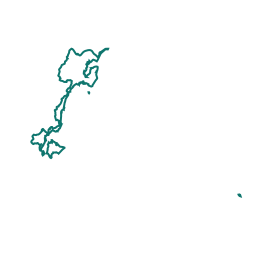 map outline of Puntarenas (Albers equal-area conic projection), rotated 259°
{"feature_id": "CRI-1330", "entity_name": "Puntarenas", "entity_type": "Province", "adm_level": 1, "iso_a3": "CRI", "parent_name": "Costa Rica", "parent_adm1": "", "projection": "albers", "projection_center": [-84.164, 7.924], "detail": "fine", "context": "isolated", "style": "outline", "palette": "teal", "viewbox_px": 256, "rotation_deg": 259, "n_neighbors": 0, "source": "natural_earth", "source_scale": "10m", "svg_char_len": 5729}
<svg xmlns="http://www.w3.org/2000/svg" viewBox="0 0 256 256"><g transform="rotate(259 128 128)"><path d="M207.8,81.6L207.8,82.0L209.0,81.5L209.4,81.5L209.6,81.7L210.1,82.6L211.2,83.1L213.1,84.5L214.9,85.1L215.4,85.5L216.6,87.6L216.1,88.5L214.9,89.3L210.7,91.0L210.3,91.3L209.9,91.9L210.4,92.2L210.4,92.8L210.0,93.2L208.8,94.0L208.5,94.3L208.4,94.9L208.6,95.5L210.9,98.4L211.4,99.4L211.8,100.7L212.0,103.5L211.9,104.9L211.5,106.1L210.6,107.2L209.6,107.7L208.5,108.1L207.3,108.7L205.5,110.4L203.4,111.7L203.3,112.2L203.7,112.6L204.8,113.3L205.6,114.3L206.4,114.1L206.7,114.1L207.4,114.5L207.7,114.9L207.9,116.2L210.0,120.9L209.8,122.7L209.6,123.6L209.0,123.2L209.1,122.6L209.6,121.2L209.5,120.8L206.7,116.0L205.8,115.0L200.8,111.4L199.4,110.1L200.6,108.6L200.8,108.5L201.7,106.9L201.5,106.3L200.1,104.6L199.9,104.2L199.9,103.6L201.3,102.8L200.8,102.6L199.7,102.7L199.1,102.5L198.8,102.2L198.0,100.6L198.3,100.0L198.5,100.0L199.1,101.0L199.1,101.5L199.3,101.6L200.5,101.1L200.5,100.8L199.3,100.2L198.5,99.2L198.3,99.2L198.0,99.7L196.4,99.6L195.8,99.7L195.0,98.6L194.5,98.3L193.9,98.6L192.6,97.9L192.2,97.3L192.5,96.4L191.9,96.4L192.1,95.7L191.5,95.4L190.0,95.0L189.8,95.5L189.3,95.3L188.9,95.3L188.5,96.0L188.0,96.1L186.6,95.9L186.1,96.1L185.9,97.0L186.2,96.7L186.4,96.7L187.9,98.8L188.0,99.5L189.2,101.2L189.7,101.4L191.8,102.0L192.4,102.3L193.4,103.4L193.9,103.1L193.9,104.1L193.8,104.5L193.6,104.7L193.6,105.0L194.2,105.9L194.5,107.3L194.4,108.8L193.9,109.8L193.0,109.8L191.5,109.3L190.2,108.7L189.5,108.1L190.6,108.4L189.8,108.0L189.2,107.5L189.2,108.1L186.9,107.1L186.1,107.0L182.9,107.3L182.3,107.0L180.8,105.2L177.3,101.9L177.1,101.6L175.9,101.0L175.7,99.8L177.2,97.5L178.3,97.0L178.6,97.4L178.9,97.1L180.1,95.3L179.6,94.7L180.2,93.9L181.3,93.3L182.3,93.1L182.3,92.8L181.0,92.8L180.3,93.5L179.8,93.7L179.6,93.3L179.8,92.7L180.4,92.0L181.8,91.2L182.0,90.7L181.8,90.3L180.8,89.6L180.7,88.9L181.5,89.3L182.3,89.5L180.8,88.2L180.1,88.1L180.6,87.8L180.5,87.6L180.1,87.3L180.3,86.8L181.2,85.8L179.9,82.7L179.3,82.0L179.0,82.2L178.1,81.1L177.3,79.7L176.2,78.6L174.6,78.3L174.7,77.3L173.8,76.4L172.6,75.8L171.7,75.6L168.6,72.5L165.5,71.1L165.0,70.7L161.1,69.2L160.4,69.4L160.1,68.9L159.5,69.1L158.8,68.5L158.1,68.4L158.6,67.6L158.0,66.6L157.0,65.6L156.0,65.3L156.0,65.6L156.5,65.7L157.1,66.1L156.0,65.9L154.4,65.0L152.3,64.6L147.0,63.1L145.9,63.1L144.4,63.4L143.9,63.3L143.4,62.9L143.1,62.1L142.5,61.9L142.8,62.5L140.6,61.0L140.2,59.9L139.0,59.2L138.8,58.0L138.2,58.1L138.3,57.6L138.2,56.4L138.4,55.9L139.1,55.2L139.4,54.6L139.9,53.8L140.0,53.2L139.9,52.7L139.0,51.6L137.4,49.2L136.9,48.9L136.3,48.6L136.3,48.0L136.9,47.0L135.9,46.2L135.8,45.8L136.0,45.2L134.8,44.9L131.3,45.2L131.3,44.9L131.8,44.7L133.8,44.7L133.8,44.4L131.4,44.1L130.3,43.8L129.4,43.3L128.0,42.0L127.2,41.6L126.9,41.3L127.1,41.1L126.4,40.7L124.8,39.2L123.9,38.7L123.5,38.4L123.2,38.3L122.6,38.5L122.3,38.3L122.6,37.6L123.4,37.3L124.6,37.3L125.2,37.6L126.0,37.5L126.6,37.9L127.8,39.1L128.5,39.4L128.4,38.5L128.5,37.9L129.4,37.1L130.4,36.6L130.5,36.4L130.5,35.9L130.2,35.3L130.5,34.5L130.8,33.1L130.7,32.8L130.3,32.4L130.3,32.0L130.7,31.5L132.2,30.5L133.1,30.5L133.9,31.1L134.8,32.5L135.3,33.1L136.7,32.9L137.7,32.6L138.0,32.6L138.7,33.1L138.9,33.7L139.4,34.2L139.3,34.5L138.8,35.6L138.6,36.5L138.9,37.5L138.7,38.6L138.9,39.3L139.6,40.6L141.2,42.7L141.6,43.4L142.1,43.3L142.5,43.0L142.8,43.2L143.3,44.0L143.3,44.3L143.1,44.5L142.3,44.9L140.3,46.2L139.9,46.3L138.8,47.8L138.4,48.0L138.3,48.6L138.7,48.9L139.6,49.3L141.2,49.6L141.6,49.9L142.5,51.0L142.1,51.3L143.1,51.9L143.6,52.7L143.6,53.1L143.4,53.7L143.0,53.8L141.9,53.8L141.7,54.0L142.0,55.9L142.0,56.8L143.0,58.6L143.4,60.3L144.1,61.3L144.7,61.4L145.9,61.2L146.4,61.4L147.2,61.2L147.8,61.7L148.2,61.7L148.4,61.5L148.7,61.0L149.5,60.2L149.4,59.0L151.3,58.7L153.6,58.6L154.3,59.3L154.7,59.4L156.1,59.4L156.6,59.6L157.2,59.7L159.0,59.5L159.5,59.6L159.8,60.2L159.7,61.1L159.8,61.4L160.2,61.8L160.5,61.9L161.6,61.9L162.3,62.1L162.5,63.0L162.3,63.8L162.4,64.0L163.3,64.4L164.0,65.7L164.9,66.6L167.5,68.3L168.1,68.5L168.4,68.3L168.8,68.2L169.2,68.4L169.6,69.1L169.8,70.0L171.1,71.3L171.5,71.9L171.5,73.0L171.7,73.8L172.2,74.5L172.5,74.8L174.8,75.8L175.0,75.7L175.5,75.1L175.7,74.9L176.2,74.9L176.7,75.1L178.2,76.8L178.6,78.3L179.1,78.9L182.8,81.3L183.8,81.2L184.5,81.7L184.8,81.8L186.0,80.6L186.1,80.3L186.0,79.3L186.5,78.1L186.4,77.4L186.1,76.9L185.7,76.9L185.4,76.7L185.0,76.6L184.9,76.4L185.4,74.2L186.6,72.8L187.3,71.0L188.1,70.1L189.3,70.5L189.5,70.6L189.6,71.2L189.8,71.2L190.3,70.9L191.4,70.7L192.0,69.9L192.7,69.6L193.1,69.8L193.9,70.4L195.0,70.9L196.2,71.6L196.7,71.7L198.3,71.5L198.7,71.6L200.6,73.9L202.4,75.0L203.2,78.1L205.3,78.9L205.9,80.3L206.6,80.9L207.3,81.1L207.8,81.6ZM118.6,43.1L119.5,43.9L122.3,45.1L122.5,45.0L123.2,45.2L124.7,46.1L125.4,46.4L126.2,46.4L126.9,46.1L128.9,47.5L128.1,47.9L128.1,48.5L129.1,49.7L128.5,50.0L128.0,50.5L128.6,50.8L129.3,50.9L130.7,50.8L130.7,51.1L128.8,52.2L128.4,53.1L127.5,53.6L126.9,55.0L125.7,54.3L125.0,54.3L124.7,54.8L125.5,55.9L125.4,56.1L123.9,56.8L123.7,57.0L122.8,57.5L122.6,57.8L121.7,60.6L120.9,61.9L120.6,61.9L119.4,59.6L116.1,55.0L116.6,54.7L116.9,54.2L117.2,53.9L117.5,53.2L117.9,52.8L117.7,52.2L118.3,49.9L117.5,49.6L117.2,48.6L116.6,48.0L115.9,47.7L115.2,47.6L114.9,47.4L113.7,47.4L113.4,47.1L113.2,46.7L113.7,46.1L114.7,45.6L115.4,45.4L115.7,45.7L117.1,44.9L118.0,44.7L118.2,44.4L118.6,43.1ZM119.5,39.7L121.0,40.2L121.4,40.2L121.4,40.5L120.3,40.8L119.0,40.8L118.3,40.5L117.9,40.1L117.4,39.1L118.5,38.8L120.9,39.4L120.9,39.7L119.5,39.7ZM41.0,225.3L39.4,225.5L39.9,224.6L41.0,223.9L41.5,223.8L41.5,224.7L41.0,225.3ZM169.5,96.4L170.0,96.1L170.6,96.1L170.5,96.6L170.2,96.7L169.7,96.6L169.5,96.4Z" fill="none" stroke="#0f766e" stroke-width="2"/></g></svg>